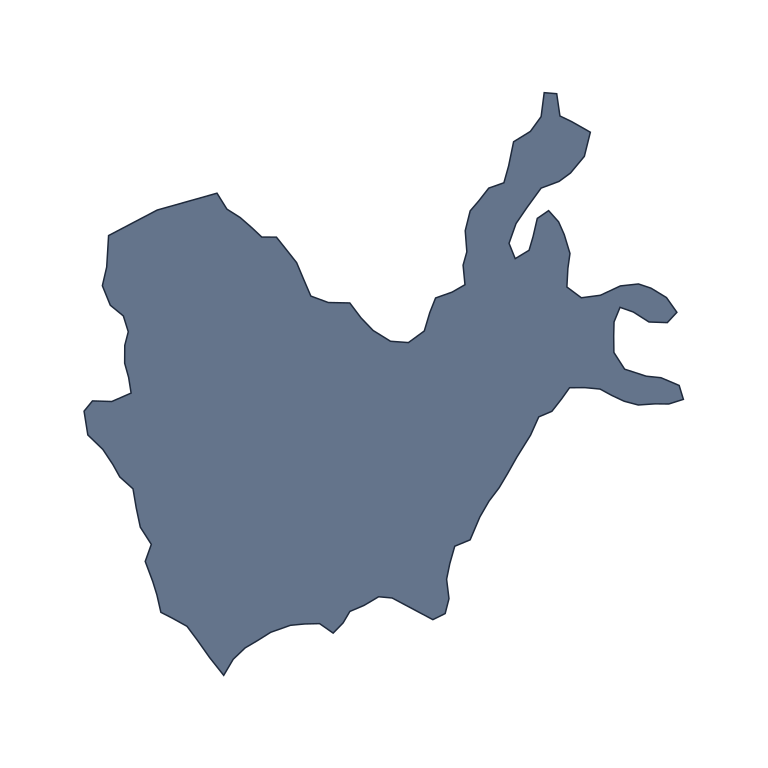 União do Oeste, Santa Catarina, Brazil, rotated 171°
{"feature_id": "56859067B25925090091720", "entity_name": "União do Oeste", "entity_type": "district", "adm_level": 2, "iso_a3": "BRA", "parent_name": "Brazil", "parent_adm1": "Santa Catarina", "projection": "natural_earth1", "projection_center": [-52.874, -26.79], "detail": "fine", "context": "isolated", "style": "filled", "palette": "slate", "viewbox_px": 768, "rotation_deg": 171, "n_neighbors": 0, "source": "geoboundaries", "source_scale": "gbopen_adm2", "svg_char_len": 1882}
<svg xmlns="http://www.w3.org/2000/svg" viewBox="0 0 768 768"><g transform="rotate(171 384 384)"><path d="M632.8,573.7L635.9,559.6L639.6,542.9L646.8,525.1L642.0,504.6L630.8,492.0L628.4,475.6L634.0,462.7L636.9,445.1L635.2,430.4L635.2,414.6L655.6,409.3L674.6,412.9L684.5,404.1L684.5,380.0L671.9,363.3L664.4,346.9L659.5,333.5L648.3,319.7L648.1,300.4L647.1,280.7L638.9,262.0L647.6,246.1L643.3,225.1L641.3,211.3L640.1,193.4L629.7,185.8L616.5,175.5L608.5,160.3L599.0,141.0L587.9,121.3L576.0,135.7L562.4,145.1L549.2,150.3L534.7,156.5L514.2,160.3L499.9,159.4L485.1,157.4L473.2,145.9L461.8,154.4L453.3,164.7L438.2,168.5L422.6,174.7L409.5,171.4L372.6,143.6L359.5,147.7L353.4,161.8L352.7,181.4L347.1,196.3L339.5,212.7L323.3,216.6L310.1,237.7L298.5,252.0L286.6,263.4L276.1,276.0L264.2,291.0L247.2,310.6L236.3,327.3L222.4,330.8L211.0,341.4L201.3,351.3L186.2,349.0L171.4,345.2L160.7,337.0L149.5,329.4L136.2,323.5L119.4,322.0L105.8,319.7L90.7,322.0L92.7,336.4L109.5,346.9L123.8,350.7L144.0,361.0L152.0,379.2L149.6,395.6L147.1,409.3L138.9,422.8L126.5,416.1L112.6,403.8L94.6,400.3L83.5,409.0L91.5,425.2L105.3,436.9L117.0,443.0L135.2,443.9L156.4,437.8L175.6,438.3L188.2,451.2L184.3,469.4L179.9,483.8L182.6,503.4L186.2,516.9L194.3,529.5L206.7,523.6L213.7,506.3L219.8,493.4L234.8,487.3L238.5,503.4L228.5,521.8L214.9,536.2L198.2,552.9L179.4,556.7L166.8,563.2L150.5,577.5L140.8,600.4L157.6,613.8L168.3,621.2L168.0,643.7L180.2,646.7L187.0,623.5L199.9,610.6L218.1,603.0L226.8,579.9L234.1,564.0L249.9,561.1L261.8,550.0L271.8,541.5L279.8,522.7L281.5,501.6L287.3,489.0L288.5,469.4L302.4,464.1L319.6,460.9L327.6,447.4L335.9,430.1L353.4,421.1L370.9,425.2L386.4,438.6L396.4,453.0L405.1,469.4L426.3,473.2L442.5,482.3L446.9,499.6L451.3,517.5L460.5,533.9L467.3,545.9L481.7,548.2L489.9,558.8L499.9,570.8L511.8,581.3L519.1,598.6L580.8,591.3L632.8,573.7Z" fill="#64748b" stroke="#1e293b" stroke-width="1.5"/></g></svg>